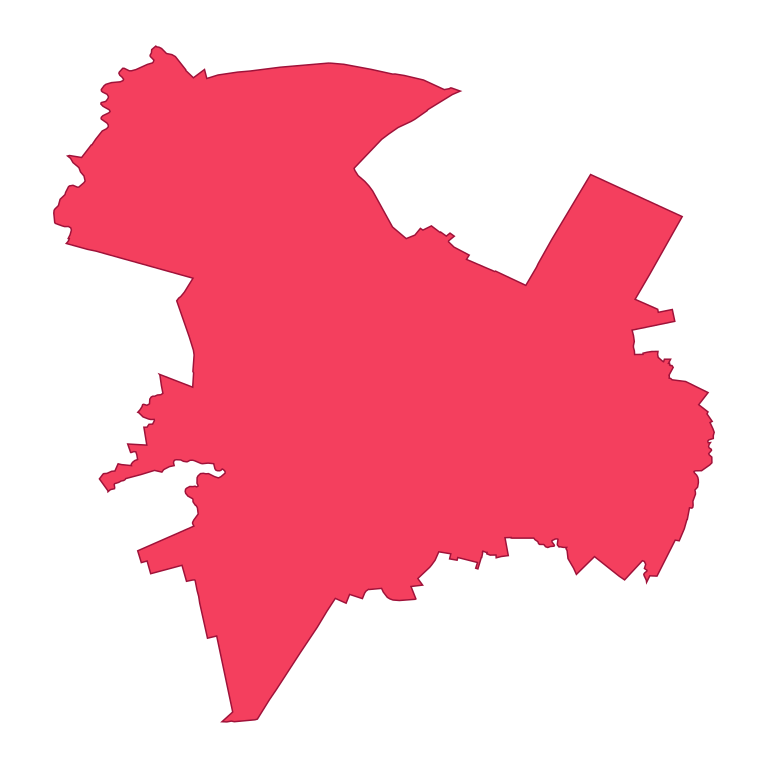 Timisoara, Timis, Romania (Natural Earth projection)
{"feature_id": "2599482B15929975886396", "entity_name": "Timisoara", "entity_type": "district", "adm_level": 2, "iso_a3": "ROU", "parent_name": "Romania", "parent_adm1": "Timis", "projection": "natural_earth1", "projection_center": [21.198, 45.759], "detail": "fine", "context": "isolated", "style": "filled", "palette": "rose", "viewbox_px": 768, "rotation_deg": 0, "n_neighbors": 0, "source": "geoboundaries", "source_scale": "gbopen_adm2", "svg_char_len": 6029}
<svg xmlns="http://www.w3.org/2000/svg" viewBox="0 0 768 768"><path d="M269.5,699.6L276.2,689.8L300.8,651.9L317.3,627.2L327.0,611.1L335.3,598.4L346.1,603.2L349.6,594.4L362.4,598.6L364.7,593.0L366.1,591.0L368.6,589.3L369.2,589.5L381.6,588.4L383.3,592.1L387.3,597.3L389.9,598.9L393.0,600.0L399.4,600.5L415.1,599.3L415.9,598.9L411.0,586.5L422.6,585.1L417.8,578.5L429.7,567.3L431.6,565.0L435.1,560.2L438.8,551.8L450.8,553.8L449.6,558.9L457.1,560.2L457.8,557.5L477.5,562.5L475.7,568.2L477.9,568.9L481.3,557.5L481.7,557.5L482.5,553.7L482.7,552.3L482.4,552.1L482.9,551.1L486.2,552.4L487.1,552.4L486.8,553.8L490.1,555.1L496.0,555.0L496.2,557.8L501.3,556.5L508.3,555.6L505.0,537.7L511.1,537.5L511.1,538.0L511.9,538.1L533.8,538.1L535.0,539.7L537.8,541.6L538.6,543.6L539.5,544.4L543.5,544.5L544.3,545.0L545.5,546.7L547.8,547.5L550.4,546.5L553.9,546.2L554.4,545.7L554.2,544.9L552.0,541.9L552.0,540.6L555.3,539.0L557.1,538.9L558.0,539.3L557.3,544.3L557.5,545.1L559.1,547.0L559.6,546.7L563.4,547.4L566.7,547.4L566.0,548.7L567.1,550.6L568.0,558.6L573.6,568.2L576.4,574.4L594.5,556.6L619.3,576.3L624.6,579.9L642.4,560.7L644.3,561.4L645.7,564.3L644.4,568.5L647.0,570.3L646.8,571.2L644.7,572.9L643.8,574.2L644.1,575.6L646.3,580.2L646.6,582.3L649.8,575.8L657.0,576.1L675.2,540.1L679.2,540.8L684.3,528.8L686.9,519.6L687.3,519.5L689.5,507.8L691.9,508.1L692.8,507.3L693.1,505.2L692.9,501.2L695.5,494.1L695.4,492.1L694.9,490.1L697.6,487.1L698.4,482.6L698.3,479.8L697.8,477.3L696.6,475.1L694.3,472.7L694.0,471.5L695.4,470.8L701.6,470.7L709.8,464.9L711.9,462.8L711.8,457.1L709.2,454.8L708.7,453.7L711.5,450.4L711.3,449.3L709.1,447.8L708.6,446.5L709.1,444.5L710.4,442.6L708.3,442.8L707.8,441.6L708.1,440.6L709.1,439.8L713.3,438.5L713.3,435.6L714.2,432.3L712.9,428.7L710.0,422.5L712.2,421.4L707.0,413.9L708.0,411.9L698.7,404.7L708.1,392.6L685.6,381.5L672.1,379.8L670.6,378.4L669.2,378.2L669.3,375.5L669.0,375.2L673.2,367.4L672.0,365.6L670.4,365.5L670.4,365.1L669.6,365.0L669.6,363.3L668.5,363.3L670.6,359.2L664.4,359.2L663.6,361.7L662.9,361.5L658.2,357.4L657.6,354.4L658.0,351.4L651.7,351.5L647.2,352.2L643.0,353.2L643.0,354.4L634.6,354.5L634.4,351.0L633.5,347.6L633.4,345.8L634.3,341.5L633.5,335.7L632.1,330.1L674.8,321.3L672.3,309.5L658.3,312.3L657.7,309.3L635.1,299.3L649.3,275.0L682.2,216.6L590.6,174.5L551.9,239.2L538.3,263.4L536.5,267.2L525.8,285.4L495.5,271.1L494.6,271.5L466.5,259.4L469.2,255.1L454.0,247.1L448.5,241.8L448.7,240.8L454.3,236.2L450.0,233.1L446.3,236.1L440.6,232.0L440.1,232.5L431.4,225.9L422.9,230.1L420.4,228.4L414.9,235.1L406.2,238.6L392.5,227.0L372.6,190.9L368.9,185.9L364.8,181.4L358.1,175.6L354.8,170.4L354.1,168.3L354.3,168.0L381.6,139.4L388.3,134.3L398.1,127.5L410.9,121.5L414.8,119.3L427.2,110.6L427.3,110.1L428.8,109.0L452.4,94.5L460.3,91.1L451.6,88.0L450.6,87.9L449.2,88.7L444.3,89.6L423.5,80.0L404.4,75.5L395.1,74.0L392.7,74.1L371.3,69.4L343.9,64.3L331.5,63.2L328.3,63.1L280.3,67.2L250.3,71.0L237.6,72.1L218.0,75.0L206.8,78.5L204.5,69.5L193.4,77.8L185.8,70.5L185.8,69.8L175.4,56.6L171.9,54.6L166.5,53.5L161.6,48.5L159.0,47.2L156.8,46.9L155.8,46.1L151.7,49.6L151.4,52.9L150.1,55.2L150.2,56.2L150.7,56.9L153.9,60.1L153.3,62.0L152.5,62.9L147.4,64.4L135.9,69.6L131.4,70.8L129.3,70.8L124.2,68.3L122.7,68.3L119.2,72.2L118.9,73.3L119.8,75.2L122.0,77.1L123.6,79.2L123.0,80.6L120.3,81.8L111.5,82.6L105.9,84.3L104.1,85.7L101.3,89.5L101.4,90.9L102.5,92.0L107.1,94.3L108.4,96.5L108.3,97.6L107.8,98.7L106.2,100.9L105.4,101.5L101.5,102.5L101.0,102.9L100.9,104.1L103.1,106.4L108.9,109.6L109.6,110.3L110.1,111.6L108.7,112.9L103.0,115.6L101.3,117.3L101.1,118.5L101.3,119.1L106.9,123.0L108.2,124.8L108.3,126.8L106.6,128.7L102.2,131.0L95.7,139.2L91.9,144.9L91.3,144.9L81.6,157.5L69.5,155.5L67.6,156.0L70.5,158.3L73.0,162.6L78.9,167.6L80.5,171.9L84.0,176.0L85.1,181.0L83.9,182.7L78.8,187.1L77.5,187.2L73.0,185.3L69.5,185.9L68.5,186.7L65.6,192.4L65.0,194.6L60.1,199.3L58.4,205.6L55.0,208.9L54.1,210.3L53.8,213.1L54.7,222.4L55.3,223.4L62.2,225.9L64.6,226.6L68.4,226.5L70.7,227.8L71.4,230.0L71.1,231.1L70.1,234.7L68.2,238.5L69.3,238.7L69.2,239.1L68.1,241.4L66.3,243.5L87.7,249.4L95.5,251.0L193.0,278.2L184.4,292.1L180.7,296.6L178.7,298.1L176.7,300.8L189.3,337.0L193.4,350.2L194.1,355.0L192.9,371.5L193.6,372.8L192.7,387.2L159.4,374.3L159.9,375.1L161.4,385.6L162.9,393.3L160.9,394.7L157.4,395.0L154.8,396.2L152.8,396.2L151.2,397.0L149.8,399.1L149.5,403.8L147.0,405.3L143.7,404.3L142.7,404.6L142.3,405.5L142.3,406.2L140.1,409.7L137.8,412.3L138.8,412.7L143.0,416.9L148.5,419.0L150.8,419.5L154.2,419.4L154.4,420.6L152.6,424.1L149.0,424.3L147.0,427.2L143.9,427.2L146.8,445.1L127.7,444.0L130.6,452.4L130.9,452.6L133.8,451.6L135.8,451.8L136.8,454.7L137.6,459.5L134.7,460.6L132.6,462.3L131.2,464.3L131.5,465.6L121.5,464.6L118.1,463.8L114.9,471.0L111.6,471.3L106.9,473.4L103.8,473.6L103.1,474.0L99.4,478.9L107.9,490.7L108.0,491.7L110.5,489.6L114.5,488.7L114.7,487.6L114.2,484.5L114.6,483.7L118.7,482.4L121.2,481.0L123.7,480.5L125.2,479.5L125.7,478.6L140.8,474.6L154.5,470.4L161.9,472.1L163.6,469.7L165.0,468.9L169.5,466.6L174.2,465.6L173.5,462.8L173.8,461.3L174.5,460.2L176.1,459.7L180.7,459.9L183.4,461.3L186.4,461.8L187.5,461.7L190.0,460.3L192.5,460.2L194.2,460.6L201.1,463.5L202.5,463.7L208.1,463.1L213.7,463.7L214.9,468.6L215.7,470.0L217.2,470.7L219.5,470.8L220.8,470.4L222.2,469.0L223.4,469.6L224.7,470.9L225.2,472.0L225.0,473.2L220.9,476.7L218.4,477.9L214.5,476.6L208.5,473.6L205.9,473.8L203.4,473.3L200.5,473.6L198.0,475.9L197.1,477.7L197.0,483.2L198.1,485.6L197.9,486.3L196.5,486.9L195.1,486.2L193.0,486.6L189.8,486.5L186.6,488.2L185.6,489.2L185.2,491.4L185.7,493.4L188.0,496.2L192.6,498.7L193.0,499.6L193.0,501.6L193.3,502.3L195.4,505.3L196.0,505.4L197.4,507.7L198.2,514.0L193.8,520.0L192.6,522.4L192.6,523.6L193.9,526.1L137.7,550.8L141.3,562.6L147.1,561.0L150.7,573.7L182.0,565.3L186.5,581.3L192.8,580.0L194.5,579.9L195.1,580.3L197.1,590.5L198.7,596.5L199.7,603.1L207.5,638.2L216.7,636.0L232.7,712.0L222.0,721.7L226.9,721.9L231.4,721.1L234.3,721.7L254.9,719.8L257.4,719.1L269.5,699.6Z" fill="#f43f5e" stroke="#9f1239" stroke-width="1.5"/></svg>